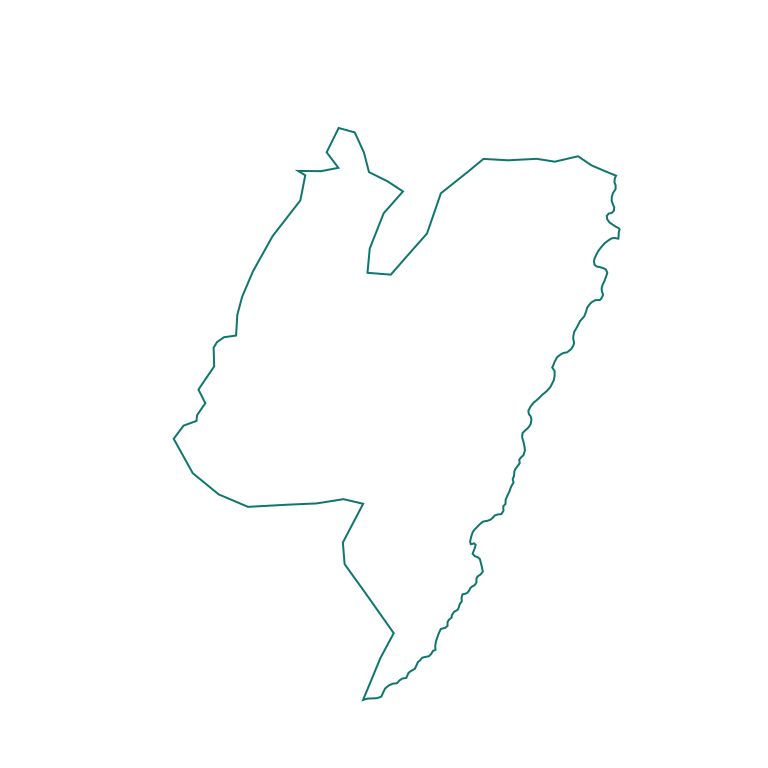 Armavir, Armavir, Armenia (orthographic projection), rotated 297°
{"feature_id": "60910142B17839565239341", "entity_name": "Armavir", "entity_type": "district", "adm_level": 2, "iso_a3": "ARM", "parent_name": "Armenia", "parent_adm1": "Armavir", "projection": "orthographic", "projection_center": [44.066, 40.108], "detail": "fine", "context": "isolated", "style": "outline", "palette": "teal", "viewbox_px": 768, "rotation_deg": 297, "n_neighbors": 0, "source": "geoboundaries", "source_scale": "gbopen_adm2", "svg_char_len": 3211}
<svg xmlns="http://www.w3.org/2000/svg" viewBox="0 0 768 768"><g transform="rotate(297 384 384)"><path d="M397.3,218.0L384.7,220.7L379.0,221.9L360.0,230.2L353.1,220.3L345.7,216.2L339.0,215.7L322.6,224.7L294.8,221.2L285.8,233.5L271.3,231.6L266.0,233.7L255.9,224.3L239.7,221.5L217.7,254.1L210.6,286.9L212.8,318.6L232.7,352.9L246.9,378.0L263.0,400.2L267.8,419.8L224.1,419.3L205.6,430.7L190.1,460.8L166.4,505.8L138.5,505.2L93.0,508.8L96.2,512.1L98.6,516.4L100.9,520.4L104.2,523.5L109.4,523.3L113.1,523.2L117.5,525.1L120.9,527.8L123.3,531.4L126.9,532.4L129.7,533.9L132.3,537.3L137.8,537.0L140.8,538.5L144.2,540.8L147.3,540.7L151.8,540.5L153.9,541.5L157.5,542.3L159.7,544.9L161.8,547.6L164.8,548.6L168.4,548.8L170.5,550.5L174.1,548.5L178.1,547.2L185.5,546.1L191.5,545.8L194.5,549.2L197.4,550.4L200.8,548.7L203.4,548.9L206.6,550.3L208.7,549.4L212.7,549.8L216.1,552.1L218.7,552.1L222.7,551.4L225.6,552.0L228.8,550.1L232.2,549.4L233.7,551.3L235.6,553.0L238.8,553.6L241.6,553.6L243.3,554.3L243.5,554.4L246.0,556.1L249.0,556.5L252.6,554.7L254.9,554.7L258.3,556.6L261.7,557.2L265.5,554.2L269.1,551.1L271.6,548.8L271.8,548.1L272.2,546.2L271.9,542.8L273.0,540.0L279.5,539.3L282.3,538.7L282.9,536.5L282.0,535.7L280.7,534.0L282.6,532.3L287.5,531.0L292.2,530.3L295.1,530.7L300.2,532.3L300.3,532.3L304.1,533.6L306.2,534.6L308.1,536.9L309.4,538.6L311.5,540.5L314.3,541.7L317.1,542.3L319.2,544.4L321.4,547.6L325.2,548.0L329.2,545.8L332.4,546.7L336.0,544.9L341.3,544.6L344.6,544.6L348.0,544.1L350.8,543.9L355.0,544.1L358.0,541.7L360.7,541.7L365.8,539.7L368.1,539.7L372.8,540.5L374.9,540.9L378.1,538.9L381.9,539.7L383.6,540.6L388.9,539.7L392.4,537.3L396.0,534.3L399.2,531.3L403.0,529.7L406.6,530.8L408.3,531.6L411.7,532.6L415.1,532.8L419.3,531.5L421.8,529.3L422.9,526.8L425.6,524.8L430.7,524.8L435.3,525.8L441.1,528.3L446.2,529.9L451.5,532.2L456.6,533.6L460.4,533.6L464.2,533.6L468.2,532.5L473.1,530.1L474.1,528.1L475.0,526.4L476.4,526.4L481.7,525.9L486.6,526.1L490.2,527.8L492.3,529.2L493.2,529.9L495.4,532.8L500.1,534.9L503.5,535.3L506.8,534.8L510.6,531.8L512.7,530.9L517.2,529.8L523.5,530.2L529.2,530.1L535.0,531.7L539.4,531.3L544.3,530.4L548.3,531.0L550.9,531.8L554.5,534.1L555.4,535.6L556.7,538.1L558.8,538.9L563.0,538.7L565.3,536.3L568.1,534.4L571.7,533.7L575.5,533.7L581.2,533.0L584.4,532.5L586.7,529.9L586.8,527.4L586.5,525.4L586.2,523.6L585.3,520.4L585.7,517.6L588.8,515.2L591.8,514.6L594.6,514.5L599.4,514.5L604.1,515.3L609.6,516.7L613.9,518.8L617.1,520.7L618.8,523.2L619.4,525.3L619.9,526.8L622.2,525.9L625.6,524.4L628.8,523.7L628.9,523.4L629.4,522.2L629.4,519.1L629.9,514.8L630.3,511.6L632.2,508.0L634.9,506.2L637.7,506.8L639.8,509.2L642.8,510.2L646.0,508.9L648.1,506.3L650.6,503.7L654.2,502.0L658.0,501.3L662.0,501.8L662.6,501.9L666.2,500.2L668.3,497.8L671.9,496.3L675.0,496.2L674.2,487.2L673.0,469.8L675.0,453.5L659.6,435.2L654.0,417.9L639.7,393.1L629.7,370.4L612.3,362.9L579.7,348.1L537.6,354.0L509.4,346.7L484.5,340.4L475.6,318.8L498.2,309.8L536.0,306.2L564.2,313.5L566.2,295.0L566.0,274.4L581.0,261.2L594.9,243.7L591.5,227.4L564.4,227.7L555.9,245.2L545.0,231.2L534.9,210.8L534.2,219.1L532.4,219.6L517.8,223.8L509.5,226.1L465.2,217.6L424.7,216.1L397.3,218.0Z" fill="none" stroke="#0f766e" stroke-width="2"/></g></svg>